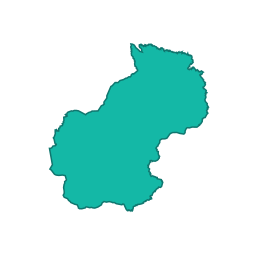 Bosomtwe, Ashanti, Ghana, rotated 119°
{"feature_id": "2480657B90441463194933", "entity_name": "Bosomtwe", "entity_type": "district", "adm_level": 2, "iso_a3": "GHA", "parent_name": "Ghana", "parent_adm1": "Ashanti", "projection": "robinson", "projection_center": [-1.515, 6.558], "detail": "fine", "context": "isolated", "style": "filled", "palette": "teal", "viewbox_px": 256, "rotation_deg": 119, "n_neighbors": 0, "source": "geoboundaries", "source_scale": "gbopen_adm2", "svg_char_len": 5705}
<svg xmlns="http://www.w3.org/2000/svg" viewBox="0 0 256 256"><g transform="rotate(119 128 128)"><path d="M43.5,148.3L44.8,150.4L45.1,150.2L45.6,150.7L45.5,150.3L46.0,150.5L46.5,151.3L46.4,151.6L47.0,151.9L46.9,152.5L47.8,152.2L47.6,152.9L48.0,152.6L48.0,153.3L48.4,153.5L47.8,153.7L48.9,154.3L48.6,155.1L49.0,155.2L49.2,155.9L48.6,156.1L48.5,157.0L48.9,157.0L48.6,157.3L49.8,158.4L51.2,157.7L51.9,156.7L52.0,155.4L52.5,154.3L54.2,153.2L54.7,152.4L55.3,155.0L54.8,156.0L53.9,160.2L52.5,162.6L52.5,164.6L53.1,166.2L54.5,164.9L55.5,165.0L56.7,164.2L57.0,163.1L57.9,163.2L58.3,162.5L59.4,162.4L59.5,161.7L60.9,161.4L62.7,160.1L63.3,158.1L64.5,157.4L64.5,156.2L64.9,156.1L66.1,154.4L66.4,154.6L66.7,154.0L68.7,153.3L69.9,152.3L70.1,151.8L70.5,151.8L70.7,150.2L71.5,149.4L71.8,149.5L72.4,147.9L73.2,147.4L78.0,149.2L77.9,149.7L78.6,150.5L79.9,150.9L80.6,150.6L82.1,150.7L82.8,152.1L85.0,153.2L85.4,154.0L87.8,155.4L90.4,158.0L93.1,158.7L94.5,161.3L98.7,162.3L100.0,163.1L110.1,162.1L112.1,161.0L116.7,161.6L117.6,161.3L118.5,160.4L119.2,160.9L119.8,160.8L121.5,162.1L127.6,162.5L130.7,167.7L132.1,168.4L133.4,169.8L135.9,171.3L136.9,171.5L137.0,179.6L137.7,181.6L138.7,183.5L140.0,184.5L140.5,185.8L142.8,187.8L143.7,188.4L144.8,188.5L146.0,188.0L146.2,189.1L146.7,189.3L147.0,188.2L146.6,187.6L147.0,187.0L147.9,187.5L149.7,189.4L152.6,187.6L153.8,187.7L154.5,186.9L156.2,187.6L156.5,186.8L157.7,186.6L159.3,188.2L160.9,187.7L161.9,188.4L164.3,187.2L164.8,188.2L163.7,190.4L164.4,189.6L164.4,190.3L164.6,189.9L165.0,190.7L165.4,190.5L164.9,190.0L165.1,189.3L166.7,189.8L168.3,188.8L171.7,188.2L172.8,188.5L173.5,187.3L176.6,184.6L177.3,183.7L176.9,183.1L177.2,182.7L178.7,182.9L180.2,184.9L182.2,185.0L183.5,186.0L183.9,186.8L196.8,176.3L201.8,176.4L202.0,174.7L204.1,169.9L204.0,168.1L203.0,165.5L200.9,162.5L200.1,159.8L203.1,156.8L203.9,156.7L205.6,157.4L206.9,156.6L208.4,156.5L211.4,155.4L214.0,153.3L216.1,152.1L218.2,152.1L219.5,150.2L219.1,146.6L220.1,144.9L220.4,142.8L220.9,141.9L220.5,137.6L219.8,135.2L221.2,133.2L222.0,132.6L222.1,131.3L221.0,129.2L218.5,126.6L217.5,126.5L217.0,125.8L216.3,122.9L215.1,121.4L214.9,120.0L214.1,118.2L211.7,116.0L208.1,114.0L206.1,114.3L204.0,113.4L203.3,111.0L201.5,108.8L200.8,106.6L200.7,105.1L199.8,103.8L199.9,101.6L198.1,96.1L197.0,95.7L196.7,94.6L200.1,90.0L200.6,88.4L200.3,88.0L200.2,88.2L199.5,88.0L199.1,86.9L199.4,86.6L198.9,85.9L199.2,85.2L198.0,85.0L198.3,84.1L197.5,84.1L197.4,84.7L196.2,84.4L194.1,85.2L192.6,83.8L191.8,84.0L191.5,83.6L191.5,82.7L190.9,82.6L190.9,82.9L189.8,82.2L189.8,81.7L187.4,79.0L186.8,79.0L186.2,78.1L185.5,78.5L185.0,78.3L183.6,77.0L183.1,77.4L182.7,76.7L181.4,76.3L181.0,74.7L179.4,74.4L179.4,73.8L178.4,73.0L177.6,73.8L177.8,74.5L177.2,74.8L177.4,75.2L177.0,75.6L176.3,75.5L175.3,74.3L173.0,74.7L171.1,74.3L170.7,73.8L170.3,74.0L170.3,73.5L168.0,73.6L166.8,73.1L166.5,72.6L164.9,72.6L164.2,70.8L162.9,70.3L158.6,71.3L158.2,72.0L158.4,72.4L157.6,72.7L157.6,73.4L157.0,73.8L158.2,77.8L157.2,78.4L157.6,79.0L157.4,79.8L157.7,80.1L157.5,80.7L158.0,81.7L157.7,81.9L158.1,83.6L159.1,84.3L157.8,86.3L157.5,86.5L157.1,86.0L157.0,86.6L156.3,86.8L155.9,87.7L156.0,88.7L153.4,89.3L152.9,91.3L152.0,91.3L151.3,92.4L150.8,92.5L150.5,91.9L147.4,92.2L146.8,91.8L146.8,92.2L145.8,92.8L145.0,91.7L145.2,90.3L144.8,90.3L143.8,88.1L142.1,86.8L140.8,86.3L139.7,86.5L139.2,86.1L137.8,86.8L137.4,86.7L137.1,87.8L135.7,89.2L133.9,90.1L134.1,91.2L133.3,92.2L132.6,92.2L132.4,93.5L132.1,93.8L130.0,93.6L129.3,93.1L128.2,93.4L125.4,93.2L123.3,94.2L121.2,93.2L119.5,90.4L118.0,89.0L113.0,88.5L111.6,87.8L110.3,86.7L108.2,83.1L107.6,80.0L106.2,76.2L104.5,75.8L102.9,76.6L101.2,76.8L99.8,76.7L99.0,76.3L98.0,74.2L96.1,72.4L93.8,68.1L91.0,66.9L90.7,67.3L90.3,66.7L89.4,66.8L89.0,66.4L86.4,66.2L85.9,66.6L84.5,66.9L84.2,67.4L82.5,66.8L81.4,65.6L77.9,65.7L76.4,65.3L76.0,65.8L76.1,66.6L75.2,66.9L74.5,67.8L73.0,67.4L72.6,68.0L71.9,67.7L71.5,68.5L70.8,67.8L69.4,70.1L68.3,70.5L67.3,73.2L66.0,74.5L63.5,74.7L63.3,75.1L62.7,75.2L62.2,76.1L61.2,76.0L60.3,77.2L59.3,77.2L59.3,76.3L58.9,76.1L58.7,77.0L58.1,77.7L57.2,77.8L56.7,80.3L56.9,80.9L56.3,81.9L55.8,82.1L55.5,81.6L52.6,81.3L52.0,82.3L51.4,82.2L51.5,82.6L50.7,82.7L50.6,84.1L50.2,84.8L49.3,85.2L49.4,85.7L48.5,86.8L48.2,88.4L46.8,90.9L45.8,90.6L46.0,90.1L45.4,89.5L43.2,89.6L42.7,89.3L42.5,91.5L43.9,92.2L44.3,92.8L44.0,93.4L44.4,93.8L43.7,94.5L43.5,95.7L44.5,95.9L45.0,96.6L44.3,97.1L43.0,100.1L43.4,100.5L43.5,100.1L44.1,100.2L43.9,100.7L44.4,100.6L44.9,101.3L45.6,101.1L45.4,101.5L45.8,101.3L46.5,102.6L46.8,102.4L47.3,102.7L47.2,104.5L46.2,104.7L44.5,104.1L44.2,104.5L41.3,104.3L41.4,103.5L39.0,102.9L38.6,103.8L38.0,103.6L37.0,104.4L36.9,105.8L35.3,106.2L34.2,107.1L34.0,108.3L34.6,108.6L34.3,109.0L35.0,110.1L34.4,110.5L34.6,111.3L33.9,111.9L35.3,111.8L35.0,114.0L35.3,114.2L35.0,114.5L35.6,115.2L35.2,115.5L35.6,115.9L35.2,115.8L35.7,116.2L35.6,116.6L36.0,116.7L35.9,117.2L36.3,117.2L35.9,117.6L36.2,118.3L35.7,118.2L36.5,118.9L36.8,119.8L37.1,119.8L37.0,120.4L37.7,120.6L37.3,120.7L38.5,121.4L38.4,122.0L38.8,122.1L38.6,122.4L38.9,122.5L39.5,124.6L39.8,124.6L39.9,125.0L39.6,124.9L39.4,125.5L39.7,125.2L40.1,126.1L39.9,126.3L40.2,126.5L40.1,128.6L40.7,128.7L40.8,129.0L40.4,129.0L40.8,129.4L40.5,129.6L41.0,129.8L40.7,130.1L41.2,130.3L40.7,131.4L41.0,132.0L41.4,131.9L41.3,132.3L42.8,133.6L43.1,133.4L43.0,134.2L41.7,135.0L41.9,135.8L41.4,136.7L41.9,138.0L42.5,138.0L42.5,137.6L43.1,138.2L43.4,137.9L43.4,138.3L43.9,138.4L43.7,138.9L43.9,139.2L44.1,138.9L44.3,139.3L43.9,140.3L44.3,141.0L43.7,141.0L43.8,141.4L43.3,142.6L43.6,143.5L43.4,144.8L44.2,145.8L43.9,146.3L44.2,146.5L43.7,146.9L44.3,147.4L44.1,148.2L43.9,147.6L43.5,148.3Z" fill="#14b8a6" stroke="#0f766e" stroke-width="1.5"/></g></svg>